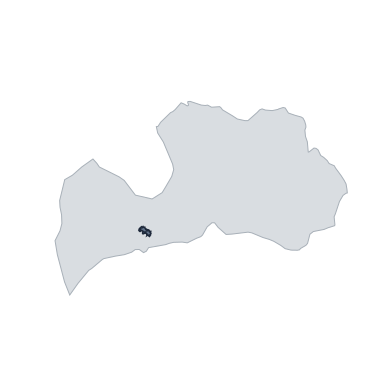 Auru pag., Dobele, Latvia shown in context, rotated 342°
{"feature_id": "27541924B19502695969152", "entity_name": "Auru pag.", "entity_type": "district", "adm_level": 2, "iso_a3": "LVA", "parent_name": "Latvia", "parent_adm1": "Dobele", "projection": "albers", "projection_center": [23.233, 56.585], "detail": "fine", "context": "in_parent", "style": "filled", "palette": "slate", "viewbox_px": 384, "rotation_deg": 342, "n_neighbors": 0, "source": "geoboundaries", "source_scale": "gbopen_adm2", "svg_char_len": 4283}
<svg xmlns="http://www.w3.org/2000/svg" viewBox="0 0 384 384"><g transform="rotate(342 192 192)"><path d="M276.5,280.2L274.4,280.0L268.3,277.9L263.1,274.7L259.9,270.2L254.5,264.1L250.9,261.0L245.4,257.2L236.2,249.3L232.9,247.5L217.1,244.4L211.3,242.9L205.9,233.7L204.0,228.3L201.5,227.4L198.7,228.6L195.7,229.8L188.7,236.2L186.5,237.2L182.1,237.4L171.8,238.9L167.2,236.6L159.0,234.2L154.6,233.8L150.7,233.9L133.5,231.5L130.3,234.2L127.2,234.7L124.1,230.4L120.2,229.2L116.0,230.6L108.3,230.7L99.2,229.3L87.6,228.1L85.8,228.5L72.8,233.8L69.6,234.6L55.3,243.7L43.9,252.2L43.0,238.1L44.6,209.9L46.7,196.0L54.5,188.1L58.5,181.8L60.9,173.4L61.8,165.6L63.5,159.2L74.8,140.9L83.4,139.1L95.0,134.1L108.0,130.0L110.4,135.4L111.6,139.6L127.2,154.9L131.1,160.0L137.2,177.5L151.9,186.3L163.4,183.4L168.4,179.1L177.5,171.0L181.5,165.1L182.2,159.5L180.2,135.6L177.6,125.3L178.3,118.8L179.9,119.1L183.7,116.0L196.1,109.9L198.6,109.6L201.5,108.4L209.2,103.8L211.8,106.0L214.0,108.6L215.2,108.6L215.7,107.6L215.5,105.9L216.1,104.7L218.3,105.3L227.7,112.2L231.3,113.8L233.7,114.2L236.8,117.4L244.7,119.4L245.7,121.1L246.4,123.3L254.1,132.1L257.7,136.6L264.4,140.5L267.3,141.4L278.6,136.5L281.7,134.8L284.3,134.6L287.2,136.8L293.5,139.4L299.1,140.0L300.1,139.8L304.8,139.8L306.6,140.9L308.1,146.7L313.7,150.9L319.0,154.4L320.4,156.1L321.0,159.4L320.9,163.4L320.4,165.5L318.5,168.0L317.1,174.2L317.2,179.9L314.9,189.9L315.6,190.1L321.6,187.9L323.4,188.8L324.9,190.9L325.7,197.1L327.9,199.7L330.3,203.9L331.2,207.3L335.4,211.0L335.9,213.6L338.9,222.6L340.3,227.9L341.0,232.0L340.2,237.3L339.4,240.9L338.1,240.8L334.6,241.9L329.3,246.6L321.5,257.2L319.5,259.5L317.8,267.3L317.3,268.1L312.3,268.1L311.0,268.0L306.0,268.4L295.2,267.1L291.1,268.6L286.0,276.6L283.9,277.9L277.6,279.3L276.5,280.2Z" fill="#d9dde1" stroke="#a8b0b8" stroke-width="1"/><path d="M137.6,220.9L137.8,220.9L138.0,220.9L138.0,221.0L138.2,220.9L138.3,220.7L138.5,220.6L138.5,220.4L139.1,220.1L138.9,219.7L139.0,219.7L139.3,219.6L139.7,219.2L140.1,218.8L139.8,218.3L140.0,218.1L140.0,217.8L140.2,217.7L140.4,217.3L140.3,217.1L140.5,217.0L140.6,216.9L140.6,216.7L139.8,217.1L139.6,216.9L139.2,216.7L139.2,216.3L139.2,216.2L139.3,215.9L139.3,215.4L139.4,215.2L139.0,214.9L138.9,214.9L138.9,214.7L138.7,214.4L138.4,214.3L138.2,214.3L138.1,214.2L138.1,214.4L137.9,214.4L137.9,214.5L137.8,214.8L137.7,215.0L137.6,214.9L137.4,214.9L137.4,214.7L137.5,214.7L137.5,214.4L137.6,214.2L137.4,213.9L137.2,213.8L137.2,214.0L136.9,214.0L136.8,213.7L136.7,213.3L136.6,212.8L136.4,212.9L136.4,212.6L136.3,212.4L136.5,212.3L136.4,212.1L136.2,211.7L136.0,211.2L136.1,210.9L135.9,210.9L135.7,210.8L135.6,210.7L135.4,210.5L135.2,210.5L135.2,210.4L134.9,210.3L134.7,210.3L134.7,210.2L134.5,210.3L134.5,210.2L134.4,210.3L134.4,210.2L134.2,210.3L134.1,210.2L133.9,210.0L133.8,209.9L133.7,209.9L133.6,209.7L133.5,209.8L133.4,209.7L133.1,209.7L132.8,209.6L132.7,209.6L132.7,209.4L132.4,209.4L132.5,209.4L132.6,209.6L132.4,209.9L132.3,210.0L132.2,210.0L132.0,210.3L131.9,210.4L131.6,210.3L131.6,210.5L131.8,210.6L131.7,210.6L131.8,210.6L131.8,210.8L131.9,211.0L131.9,210.9L132.0,210.9L132.0,211.0L132.1,211.3L131.7,211.5L131.4,211.7L131.3,211.4L131.3,211.2L131.2,211.2L131.3,210.9L131.3,210.7L131.2,210.6L130.8,210.6L130.8,210.8L130.7,210.8L130.5,211.0L130.3,211.1L130.3,211.3L130.7,211.3L130.7,211.5L130.8,211.5L130.8,212.0L130.6,212.2L130.4,212.2L130.2,211.9L129.9,211.7L129.8,212.0L130.1,212.2L129.9,212.4L129.7,212.4L129.8,212.7L129.9,213.0L130.1,213.2L130.2,213.4L130.4,213.5L132.0,213.2L132.5,213.3L132.7,213.6L132.8,213.6L133.0,213.8L133.3,214.2L133.2,214.4L133.2,214.5L132.9,214.8L132.8,215.0L132.7,215.2L132.7,215.3L132.6,215.6L132.4,215.6L132.3,215.9L132.3,216.0L132.2,216.1L132.2,216.3L132.3,216.4L132.4,216.5L132.5,216.7L134.6,216.6L134.8,216.7L134.8,216.4L134.8,216.0L134.8,215.8L134.7,215.7L134.5,215.4L135.6,215.7L135.5,215.8L135.4,216.0L135.4,216.3L135.5,216.5L135.5,216.9L135.5,217.0L135.8,217.2L135.8,217.3L135.7,217.4L135.7,217.5L135.6,217.8L135.7,217.7L135.8,217.5L135.8,217.4L136.0,217.6L136.2,217.8L136.2,218.0L136.0,218.3L135.9,218.3L135.7,218.5L135.7,218.8L136.1,218.8L136.4,218.7L136.2,218.9L136.1,219.0L136.0,219.4L135.9,219.5L136.8,219.3L137.2,220.0L137.5,220.8L137.6,220.9Z" fill="#64748b" stroke="#1e293b" stroke-width="1.5"/></g></svg>